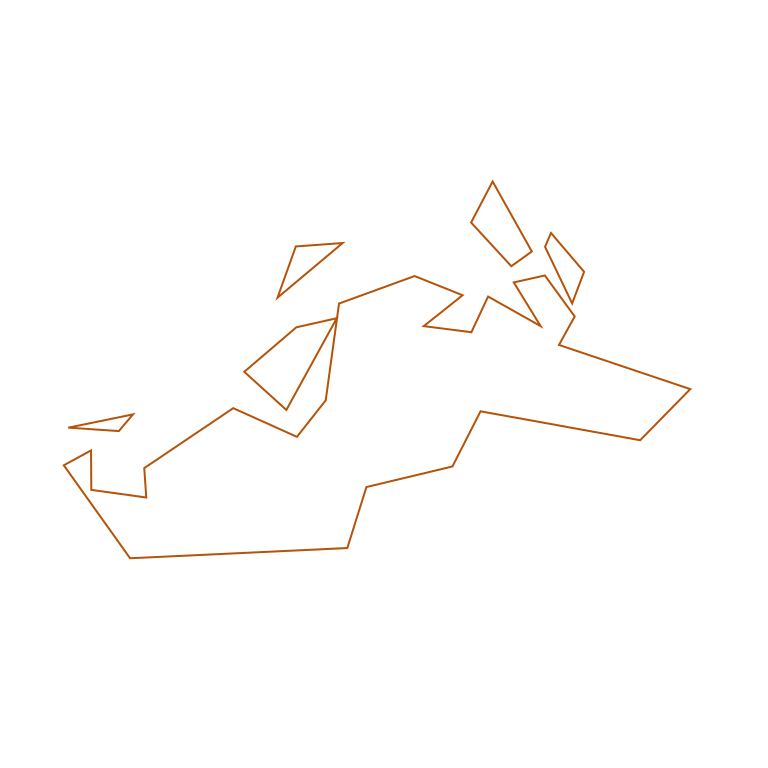 outline of Quảng Ninh, rotated 191°
{"feature_id": "VNM-429", "entity_name": "Quảng Ninh", "entity_type": "Province", "adm_level": 1, "iso_a3": "VNM", "parent_name": "Vietnam", "parent_adm1": "", "projection": "natural_earth1", "projection_center": [107.332, 21.181], "detail": "coarse", "context": "isolated", "style": "outline", "palette": "amber", "viewbox_px": 768, "rotation_deg": 191, "n_neighbors": 0, "source": "natural_earth", "source_scale": "10m", "svg_char_len": 770}
<svg xmlns="http://www.w3.org/2000/svg" viewBox="0 0 768 768"><g transform="rotate(191 384 384)"><path d="M388.7,216.0L600.0,164.5L682.8,243.1L658.9,262.9L651.1,224.2L595.7,227.2L603.3,255.7L527.4,331.5L459.4,315.5L438.1,356.8L443.5,454.4L374.6,495.8L323.8,486.1L356.0,448.4L308.1,451.5L298.5,489.7L241.3,470.7L276.0,508.5L246.8,521.2L209.7,486.7L219.7,455.7L82.4,437.4L121.8,377.7L284.0,375.6L301.1,316.1L381.6,279.5L388.7,216.0ZM523.5,369.3L480.9,422.9L442.9,439.6L474.9,339.9L523.5,369.3ZM329.3,559.1L316.0,603.5L264.2,542.3L281.5,523.9L329.3,559.1ZM214.7,499.0L252.1,549.4L248.9,564.1L209.0,532.3L214.7,499.0ZM505.0,448.4L496.8,502.2L451.5,514.5L505.0,448.4ZM635.3,287.2L685.6,280.9L624.6,306.3L635.3,287.2Z" fill="none" stroke="#b45309" stroke-width="2"/></g></svg>